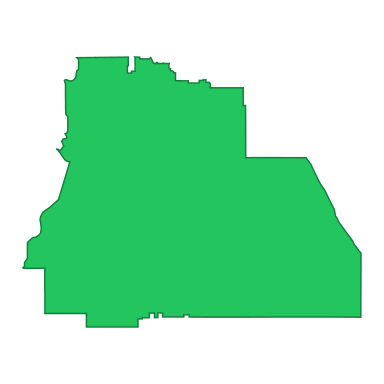 outline of Serpentine-Jarrahdale, Western Australia, Australia
{"feature_id": "25037944B73163589668910", "entity_name": "Serpentine-Jarrahdale", "entity_type": "district", "adm_level": 2, "iso_a3": "AUS", "parent_name": "Australia", "parent_adm1": "Western Australia", "projection": "orthographic", "projection_center": [115.997, -32.325], "detail": "fine", "context": "isolated", "style": "filled", "palette": "green", "viewbox_px": 384, "rotation_deg": 0, "n_neighbors": 0, "source": "geoboundaries", "source_scale": "gbopen_adm2", "svg_char_len": 4888}
<svg xmlns="http://www.w3.org/2000/svg" viewBox="0 0 384 384"><path d="M76.8,57.7L78.4,59.3L78.5,61.3L78.5,62.0L78.5,62.7L78.5,67.9L78.5,69.6L76.9,70.6L76.0,75.1L76.0,75.4L76.1,75.6L75.7,77.1L75.7,77.3L75.7,77.6L75.7,77.8L75.7,78.0L75.2,78.3L74.7,78.6L74.0,79.7L72.3,80.8L72.2,80.8L70.9,80.9L69.8,81.0L68.6,80.5L66.5,79.8L66.4,79.8L65.6,79.8L65.4,79.8L65.0,79.9L64.9,80.0L64.4,80.5L64.8,81.9L65.5,84.3L65.5,85.2L65.5,90.4L65.5,91.3L65.5,93.0L65.5,93.7L65.5,97.1L65.5,97.3L65.6,101.1L65.6,102.0L65.6,102.9L65.6,103.3L65.6,103.8L65.6,104.7L65.6,105.5L65.6,107.1L65.7,110.1L65.8,113.9L65.8,114.0L65.8,114.3L65.9,114.5L66.0,114.6L67.4,116.1L67.5,116.3L67.6,116.5L67.8,117.6L67.8,117.8L67.8,118.1L67.8,123.1L67.8,127.6L67.8,130.8L67.7,131.1L66.7,133.2L65.1,133.6L65.7,134.8L66.7,136.6L66.8,136.9L66.8,137.0L66.8,137.3L66.7,137.5L66.1,138.4L66.0,138.5L65.9,138.6L65.7,138.6L63.5,139.0L63.3,139.0L63.2,139.0L62.9,139.3L61.9,141.0L61.8,141.4L61.8,141.5L62.0,141.9L63.6,146.1L63.7,146.3L62.2,148.2L60.3,150.4L60.0,150.3L58.9,149.9L58.1,149.4L56.2,148.8L57.2,149.5L58.1,150.3L59.7,152.3L64.0,158.6L64.8,159.6L65.3,160.0L65.4,160.3L65.8,160.6L67.1,161.2L69.2,161.7L69.3,161.6L69.8,161.7L69.8,161.9L65.3,177.2L62.0,188.1L58.8,198.5L58.6,199.4L58.5,199.6L58.1,199.9L57.5,200.5L49.5,207.6L47.1,209.2L42.8,212.4L40.7,216.5L40.3,218.1L40.1,219.6L40.2,220.9L40.4,220.9L41.3,228.4L40.5,233.2L39.7,234.1L38.7,235.2L36.3,237.0L33.6,237.5L31.9,238.4L30.3,239.9L28.1,241.8L27.4,242.7L27.4,250.1L27.4,258.3L26.0,260.4L24.5,262.6L24.5,266.5L24.3,266.5L23.0,267.5L23.2,268.3L39.3,268.3L39.3,268.2L39.6,268.2L40.1,268.2L44.8,268.2L44.8,269.9L44.8,286.7L44.8,290.7L44.9,291.3L44.9,303.2L44.9,303.9L44.9,306.5L44.9,313.5L59.6,313.5L76.1,313.5L86.4,313.5L86.4,327.0L103.2,327.0L120.0,327.0L126.9,327.0L129.4,327.0L134.6,327.0L138.0,327.0L137.9,318.9L140.0,318.9L142.2,318.9L142.3,317.7L142.5,317.8L149.4,317.8L149.4,313.1L154.5,313.1L154.4,317.6L157.9,317.6L157.9,312.9L162.6,313.0L162.6,316.9L173.1,316.9L175.3,316.9L177.4,316.9L177.5,316.9L177.5,317.0L183.8,317.0L183.8,314.8L189.2,314.8L189.2,317.0L207.9,317.1L223.6,317.1L243.6,317.1L274.8,317.0L276.3,317.0L341.8,317.0L360.8,317.2L360.8,307.6L361.0,253.1L360.6,252.6L360.4,252.3L360.1,252.1L359.9,251.9L359.7,251.7L359.3,251.3L357.0,248.0L356.8,247.7L355.2,245.8L355.0,245.5L354.8,245.2L354.5,244.9L354.4,244.7L354.2,244.4L354.0,244.1L353.3,242.3L353.1,242.0L353.0,241.7L352.8,241.4L352.5,240.8L350.4,237.9L349.2,236.3L347.0,233.3L344.6,230.1L343.0,227.9L341.8,226.3L341.1,225.2L340.6,224.8L339.1,222.6L338.9,222.3L338.7,222.0L338.5,221.6L337.9,220.3L336.9,218.1L335.8,216.4L335.7,216.3L335.5,216.0L335.4,215.7L335.3,215.3L335.2,215.1L335.0,213.1L334.5,210.6L334.4,210.4L334.4,210.2L334.3,209.8L334.2,209.6L334.2,209.4L334.1,209.1L334.0,208.9L332.3,205.6L331.6,204.2L330.3,201.6L326.7,194.3L325.1,191.1L324.2,189.4L322.9,187.6L321.4,185.4L321.1,185.1L320.9,184.8L320.8,184.5L320.6,184.3L319.9,182.8L319.8,182.7L318.8,180.8L318.5,180.2L318.4,180.0L318.3,179.8L318.0,179.3L317.9,179.0L317.7,178.7L317.5,178.3L317.1,177.6L316.8,176.8L316.4,176.0L315.0,173.2L314.3,171.6L312.8,168.5L312.0,166.7L311.4,165.4L311.2,165.1L311.1,164.8L311.0,164.5L310.8,164.3L310.7,164.0L310.5,163.8L310.3,163.6L307.5,159.7L306.8,158.8L306.1,157.7L256.3,157.6L245.7,157.7L245.7,155.4L245.6,117.3L245.5,105.5L243.2,105.5L243.2,87.8L236.5,87.8L227.8,87.8L226.4,87.8L217.0,87.8L210.5,87.8L209.9,87.8L209.9,87.1L210.5,86.3L210.5,85.0L210.4,84.0L209.7,83.7L209.7,82.9L209.4,82.4L205.8,82.4L205.9,79.8L203.1,79.8L203.1,80.4L199.2,80.4L199.2,83.0L196.7,83.0L188.3,83.0L188.3,80.8L182.7,80.8L175.5,80.7L175.5,75.3L175.5,72.8L175.3,72.8L175.0,72.8L174.7,72.9L174.3,73.0L174.2,73.0L174.1,72.7L173.8,72.5L173.7,72.3L173.6,71.8L173.4,71.6L173.1,71.3L172.8,71.2L172.4,71.1L171.9,70.9L171.8,71.0L171.4,71.1L171.2,71.1L170.8,70.9L170.6,70.6L170.5,70.4L170.4,70.4L170.5,68.9L169.3,68.8L168.9,67.3L168.8,67.1L168.8,66.9L168.8,66.7L168.8,66.3L168.8,66.1L168.8,65.9L168.8,65.7L168.8,65.4L169.0,64.7L169.2,63.5L165.7,63.5L165.2,63.5L164.7,63.5L164.4,63.5L164.1,63.4L163.9,63.3L163.6,63.2L163.4,63.1L163.3,63.4L163.1,63.5L161.2,63.5L158.8,63.5L158.4,63.5L158.3,63.4L158.2,63.5L157.9,63.6L157.6,63.4L157.4,63.1L157.1,62.9L157.1,62.5L156.9,62.4L156.1,63.0L155.6,63.8L153.3,62.9L152.8,61.8L151.0,57.9L150.8,57.7L150.7,57.6L149.5,58.7L149.3,58.8L149.2,58.9L148.9,58.9L148.3,58.9L147.2,58.9L145.8,58.9L145.0,58.9L144.4,58.9L141.3,58.9L139.7,58.9L139.7,58.1L139.7,57.4L139.7,57.2L135.0,57.0L134.9,57.0L135.0,57.1L135.0,57.3L135.0,61.0L135.1,63.3L135.1,67.5L135.1,68.1L135.1,71.2L131.5,71.2L131.5,73.1L127.4,73.1L127.4,71.2L127.4,69.4L127.4,65.6L128.3,65.6L128.3,59.1L128.3,58.8L128.3,57.1L126.9,57.1L122.3,57.2L114.4,57.3L110.8,57.3L103.2,57.4L97.1,57.4L96.8,57.5L96.7,57.5L95.9,57.8L95.8,57.6L95.7,57.4L95.4,57.4L95.2,57.5L85.2,57.6L81.3,57.6L76.8,57.7Z" fill="#22c55e" stroke="#15803d" stroke-width="1.5"/></svg>